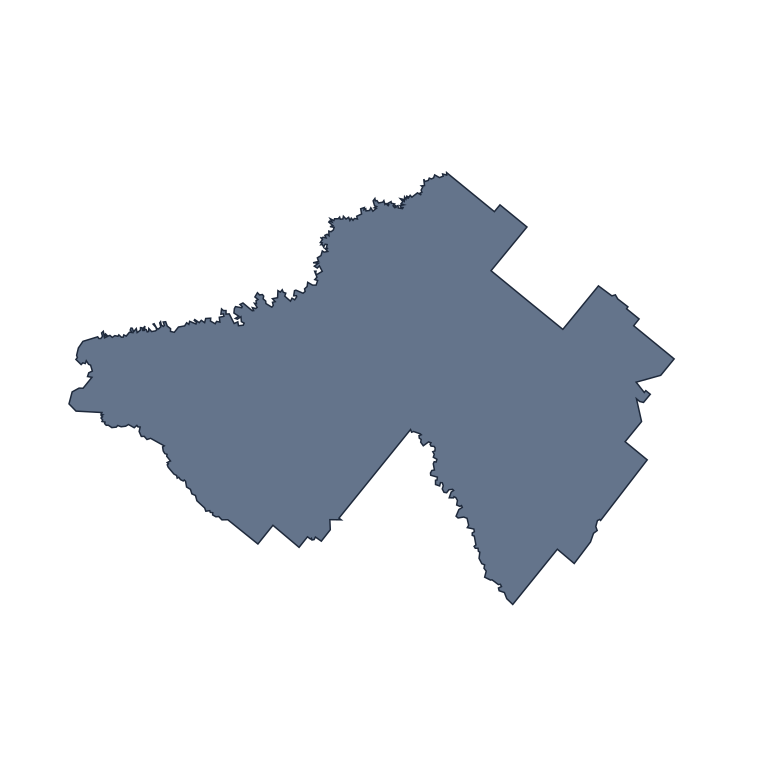 outline of Campaspe, Victoria, Australia, rotated 309°
{"feature_id": "25037944B18187162419032", "entity_name": "Campaspe", "entity_type": "district", "adm_level": 2, "iso_a3": "AUS", "parent_name": "Australia", "parent_adm1": "Victoria", "projection": "orthographic", "projection_center": [144.612, -36.323], "detail": "fine", "context": "isolated", "style": "filled", "palette": "slate", "viewbox_px": 768, "rotation_deg": 309, "n_neighbors": 0, "source": "geoboundaries", "source_scale": "gbopen_adm2", "svg_char_len": 6171}
<svg xmlns="http://www.w3.org/2000/svg" viewBox="0 0 768 768"><g transform="rotate(309 384 384)"><path d="M240.5,131.8L227.7,123.2L219.7,123.8L212.8,127.1L211.6,129.1L209.2,129.1L208.5,136.4L210.9,136.6L211.9,139.0L214.7,138.0L213.4,142.1L214.0,144.1L210.5,149.2L206.9,147.5L203.2,148.9L205.4,152.8L191.3,152.8L188.9,149.6L181.6,146.6L170.3,151.7L169.1,161.7L184.3,182.7L182.5,183.0L183.2,184.9L181.4,184.2L181.3,185.9L179.5,185.5L179.0,188.0L177.4,188.4L178.8,191.2L177.4,191.8L177.1,194.1L178.5,195.8L178.8,199.9L182.0,203.1L184.2,203.2L185.3,206.6L188.6,209.8L191.7,210.9L192.8,217.4L196.3,218.0L195.8,219.7L197.1,221.6L193.0,223.6L190.5,228.4L192.4,230.6L191.7,234.7L194.9,236.8L197.6,252.1L195.8,251.5L193.0,254.6L192.0,257.4L192.8,259.7L191.1,260.6L189.8,266.5L186.5,264.9L186.3,266.7L184.8,266.4L183.5,268.7L181.8,277.4L182.4,280.4L180.7,282.5L182.3,283.2L181.6,286.1L182.3,289.0L183.7,289.2L183.5,291.0L179.7,295.4L180.3,299.9L177.7,303.8L178.7,307.6L175.5,312.1L174.8,322.6L173.0,325.6L175.9,328.3L174.9,329.8L176.2,331.9L174.4,333.2L175.0,336.9L177.0,339.0L176.4,343.5L180.2,348.0L180.3,386.7L204.3,386.6L203.6,420.8L217.1,420.7L217.2,424.4L218.4,424.7L217.4,426.2L219.1,427.6L221.9,427.0L222.4,434.2L236.9,434.0L244.5,427.3L251.5,436.2L251.4,433.4L365.3,433.3L363.9,435.8L365.7,436.9L368.1,443.5L368.0,444.9L365.9,443.7L364.1,445.5L364.3,447.8L361.9,449.1L360.7,453.4L367.1,455.1L367.9,457.5L366.2,457.7L365.3,459.6L367.0,462.2L366.5,464.0L364.0,465.7L362.1,464.5L361.0,467.3L358.1,468.4L358.8,472.5L356.2,473.6L355.2,471.9L353.0,472.5L348.9,477.3L346.9,475.6L344.1,476.1L342.5,477.7L345.2,484.1L342.8,485.6L341.6,484.6L338.3,487.3L339.8,491.4L342.9,489.9L343.9,491.5L342.2,494.1L339.1,495.3L337.6,498.8L338.9,501.1L342.7,501.0L345.3,503.6L345.1,505.1L342.3,504.2L336.6,506.3L339.3,509.7L340.5,509.3L340.9,511.3L339.7,514.4L335.7,516.6L336.6,520.0L338.3,520.7L337.4,522.5L333.6,521.2L326.6,523.2L326.5,525.9L330.8,529.7L331.9,533.1L327.5,538.7L324.8,539.1L327.8,545.1L326.1,547.2L323.8,546.3L321.9,547.8L322.6,549.9L316.8,556.7L314.5,556.2L313.8,558.3L315.5,560.5L313.4,562.6L313.6,564.3L308.3,567.6L305.9,573.1L306.8,576.0L303.7,577.7L302.9,581.2L297.2,583.8L298.6,590.1L299.8,591.2L300.1,599.1L301.6,600.5L300.5,602.8L297.5,601.3L295.8,603.6L297.7,608.8L294.4,614.5L293.7,622.8L364.7,622.7L364.2,644.8L391.2,643.9L399.8,640.8L404.3,641.9L406.5,638.3L412.2,635.8L414.5,636.9L414.3,638.2L490.7,636.3L490.9,607.7L516.9,607.8L531.4,589.5L531.3,593.7L533.0,597.3L543.6,597.4L543.6,591.6L541.2,591.6L544.1,578.8L564.9,593.6L586.1,593.7L586.4,541.4L595.1,541.3L595.1,525.2L597.5,525.0L597.2,512.1L598.9,507.7L595.9,505.6L595.2,488.9L539.0,488.6L539.1,445.5L539.4,395.9L596.0,396.3L596.2,361.4L587.4,361.3L587.7,299.6L585.8,301.2L584.1,297.4L582.7,299.2L579.3,297.2L578.4,291.8L575.4,292.8L573.2,291.8L572.5,289.6L570.1,290.3L567.2,288.4L568.2,286.0L563.7,290.6L561.5,288.4L561.5,290.1L558.1,290.8L556.8,292.8L554.8,291.8L554.3,294.0L553.6,289.7L546.7,288.1L547.1,285.6L545.0,285.8L544.5,284.2L543.4,286.5L543.6,283.8L541.5,284.7L542.3,282.3L539.0,284.6L539.5,282.5L538.3,280.1L537.7,283.8L534.7,283.8L535.8,286.7L532.7,284.2L532.0,286.0L533.1,287.8L531.9,288.0L529.8,284.3L531.5,282.6L529.7,281.5L529.8,279.7L528.7,282.1L527.7,281.3L528.2,278.9L530.6,278.9L529.1,275.9L530.2,274.7L526.4,273.2L526.3,274.9L525.2,275.0L525.5,272.0L524.1,271.7L526.4,268.5L524.5,268.6L521.3,265.8L522.1,263.1L520.9,262.0L522.4,260.2L519.5,260.3L516.6,264.5L517.2,266.5L514.8,265.5L515.7,267.5L511.3,266.6L512.6,262.9L509.8,263.6L507.2,261.1L508.7,259.5L506.9,258.8L508.8,257.7L505.5,255.6L502.0,259.6L497.2,257.2L495.5,259.5L494.0,256.8L491.7,256.9L492.3,254.2L489.6,254.6L491.3,251.6L488.3,250.7L488.8,246.9L486.4,248.2L484.5,246.3L485.8,244.5L483.6,244.4L481.3,241.6L479.4,242.2L478.6,238.2L477.2,241.7L476.3,239.1L475.1,239.2L474.9,244.6L472.3,243.0L474.4,246.7L471.7,247.7L469.0,247.0L468.1,244.9L464.6,247.9L464.6,245.6L462.3,244.5L461.1,247.0L459.6,244.2L458.0,244.1L458.0,242.2L457.6,245.2L453.9,245.5L454.8,247.1L452.5,247.3L453.6,248.4L452.4,250.9L455.6,250.3L456.6,252.1L453.7,253.5L453.9,255.4L452.2,252.8L451.6,256.9L448.8,254.5L448.6,252.3L444.1,254.2L440.1,252.8L438.1,256.0L433.6,252.6L436.5,257.0L431.7,255.7L432.1,259.2L435.1,259.5L432.7,265.1L427.0,263.0L426.8,261.2L428.9,260.2L428.0,259.1L424.8,264.7L421.6,264.5L422.7,267.3L418.1,269.0L415.9,266.3L415.0,260.7L411.4,262.9L407.9,262.4L406.3,264.5L403.6,264.0L401.5,256.5L400.2,255.7L395.7,258.3L397.5,260.4L396.8,261.3L393.2,261.6L392.8,258.5L389.5,259.2L389.8,251.6L392.8,250.5L391.9,248.0L393.2,245.6L390.2,245.6L389.8,242.8L384.1,247.0L380.1,243.6L379.5,247.6L377.3,245.9L375.4,248.5L373.1,248.5L372.2,241.6L374.0,239.9L374.1,236.5L376.6,235.2L377.0,233.2L374.9,231.2L375.3,228.2L370.4,228.9L370.4,232.9L368.2,232.1L366.2,234.3L365.2,232.5L363.7,237.2L361.9,236.8L360.5,233.6L359.0,236.5L358.0,235.5L358.2,223.4L355.2,222.0L354.9,225.1L353.7,225.4L350.7,219.9L348.4,220.3L344.7,222.7L345.3,228.5L341.4,227.2L342.1,229.3L346.2,230.5L342.7,233.9L343.3,237.0L341.1,237.6L337.7,234.2L340.3,231.3L336.7,229.5L341.1,219.6L338.9,217.2L341.7,215.0L340.0,212.9L340.1,210.5L335.6,213.3L337.5,215.2L335.8,217.0L332.2,214.0L328.8,217.5L327.3,214.5L324.6,214.9L323.7,209.5L326.1,207.9L322.7,204.2L318.8,206.0L318.5,201.9L315.4,201.8L315.0,196.4L314.0,196.5L313.9,199.5L312.3,200.1L310.4,193.5L307.5,194.8L307.4,192.1L303.7,192.5L298.9,188.4L292.2,188.5L290.5,185.0L292.7,183.3L292.6,179.1L295.0,175.1L293.2,173.4L291.3,176.5L289.8,176.2L289.8,173.7L291.8,171.2L290.4,171.2L287.9,174.6L284.8,174.1L284.2,172.5L286.2,167.4L285.2,166.9L284.5,171.1L283.0,173.3L281.5,173.0L278.5,170.4L279.1,166.3L276.6,168.0L275.5,167.2L276.6,165.0L276.1,163.1L278.6,161.8L276.4,161.8L274.8,164.0L273.8,162.9L275.4,160.5L274.6,159.3L272.5,160.8L268.6,159.8L271.2,156.6L267.1,156.5L268.9,153.3L268.3,152.2L266.2,152.8L265.5,155.9L264.1,153.6L259.0,153.5L258.4,150.9L256.2,151.8L255.1,150.5L255.3,147.0L253.6,147.2L252.2,144.4L249.2,143.5L249.3,140.4L247.4,139.3L247.7,136.0L246.2,136.1L246.3,138.9L244.0,137.8L248.3,132.7L245.9,132.4L243.9,135.2L241.1,135.3L239.9,133.8L240.5,131.8Z" fill="#64748b" stroke="#1e293b" stroke-width="1.5"/></g></svg>